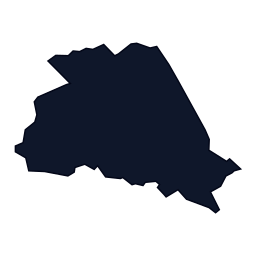 outline of Wyoming, West Virginia, United States of America
{"feature_id": "52423323B33897242247324", "entity_name": "Wyoming", "entity_type": "district", "adm_level": 2, "iso_a3": "USA", "parent_name": "United States of America", "parent_adm1": "West Virginia", "projection": "albers", "projection_center": [-81.547, 37.602], "detail": "fine", "context": "isolated", "style": "filled", "palette": "ink", "viewbox_px": 256, "rotation_deg": 0, "n_neighbors": 0, "source": "geoboundaries", "source_scale": "gbopen_adm2", "svg_char_len": 865}
<svg xmlns="http://www.w3.org/2000/svg" viewBox="0 0 256 256"><path d="M209.1,207.6L215.6,212.7L219.3,209.7L210.4,191.9L220.6,186.2L225.9,176.0L232.0,172.8L234.1,170.8L240.6,169.0L229.6,158.9L226.6,161.4L208.8,150.2L209.2,139.4L205.1,129.9L178.5,81.6L168.8,64.5L156.7,46.5L150.1,48.0L136.7,43.3L131.0,44.0L118.5,53.9L114.7,55.8L103.7,44.5L92.9,49.4L86.1,48.4L79.7,51.6L73.1,51.0L68.3,55.7L55.8,55.4L48.0,61.0L64.1,77.2L70.3,83.5L66.5,84.6L37.9,97.1L34.3,101.8L36.9,114.8L34.8,122.1L25.3,129.8L23.1,142.7L15.4,146.0L15.4,151.8L25.8,157.8L28.8,170.8L44.7,171.5L67.9,175.9L74.2,172.1L74.9,167.5L84.8,164.2L94.2,169.4L97.6,165.7L105.6,176.9L120.4,178.5L122.8,177.5L132.0,184.7L135.4,183.7L143.0,185.5L145.3,182.3L155.9,181.3L159.6,184.5L157.5,187.5L163.9,194.3L166.1,196.9L178.0,189.7L186.5,199.2L209.1,207.6Z" fill="#0f172a" stroke="#020617" stroke-width="1.5"/></svg>